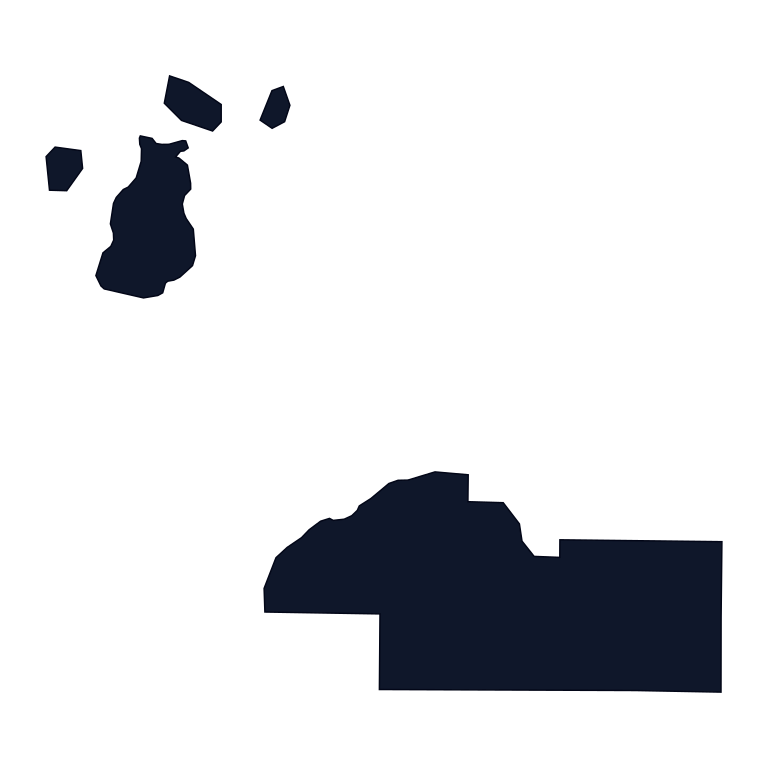 Charlevoix, Michigan, United States of America (Robinson projection)
{"feature_id": "52423323B98069421042704", "entity_name": "Charlevoix", "entity_type": "district", "adm_level": 2, "iso_a3": "USA", "parent_name": "United States of America", "parent_adm1": "Michigan", "projection": "robinson", "projection_center": [-85.407, 45.472], "detail": "fine", "context": "isolated", "style": "filled", "palette": "ink", "viewbox_px": 768, "rotation_deg": 0, "n_neighbors": 0, "source": "geoboundaries", "source_scale": "gbopen_adm2", "svg_char_len": 1346}
<svg xmlns="http://www.w3.org/2000/svg" viewBox="0 0 768 768"><path d="M721.1,617.1L721.9,541.7L559.9,539.8L559.8,557.4L534.1,556.4L522.0,541.1L519.4,523.9L503.2,502.7L467.9,501.7L468.2,474.8L435.0,471.9L407.9,480.1L398.0,480.3L388.9,483.5L370.8,498.6L359.3,505.9L357.3,510.4L351.8,515.7L344.2,519.2L333.2,520.4L329.5,518.4L320.6,521.2L309.2,529.7L301.5,537.7L287.2,547.4L276.0,557.7L264.1,588.4L264.9,612.0L380.0,613.9L379.4,689.5L635.3,690.5L721.0,692.1L721.1,617.1ZM95.9,275.6L101.0,286.0L104.2,288.9L143.5,297.9L157.8,295.5L162.7,292.8L165.4,283.2L167.7,281.2L173.9,280.1L180.0,277.0L192.5,265.6L195.5,255.7L193.3,229.1L186.2,218.6L183.9,213.2L182.3,204.0L184.6,195.5L190.7,189.1L190.6,183.2L187.4,165.1L179.0,158.1L175.6,156.9L180.4,151.3L183.9,150.9L188.2,147.9L185.7,140.9L182.3,140.6L169.0,144.3L161.8,144.4L156.1,143.5L152.1,138.4L140.3,135.9L139.4,138.1L139.8,144.3L141.5,148.6L141.2,161.3L136.2,177.9L128.2,187.1L123.3,189.5L116.3,197.4L113.5,203.4L110.4,223.9L113.4,233.0L113.7,240.1L110.8,246.4L103.0,252.8L95.9,275.6ZM169.6,75.9L164.3,103.2L181.5,120.4L212.6,131.0L221.2,121.9L221.2,104.5L188.7,82.4L169.6,75.9ZM46.1,156.6L49.5,190.2L66.7,190.7L82.6,168.4L80.8,150.6L55.1,147.1L46.1,156.6ZM260.1,120.1L272.1,128.3L284.6,121.7L289.9,105.3L283.3,86.5L272.0,90.6L260.1,120.1Z" fill="#0f172a" stroke="#020617" stroke-width="1.5"/></svg>